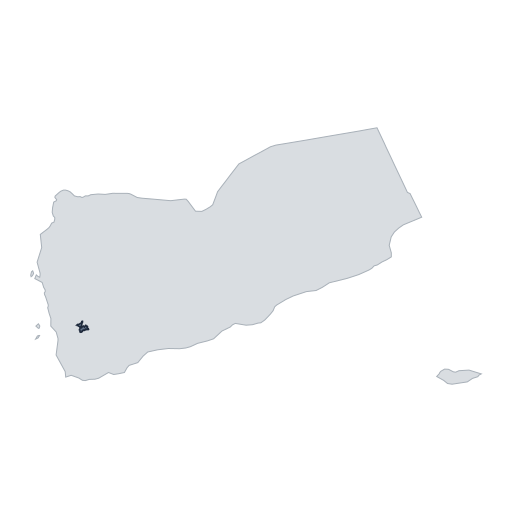 location of Al Odayn, Ibb, Yemen
{"feature_id": "15242507B10242503769306", "entity_name": "Al Odayn", "entity_type": "district", "adm_level": 2, "iso_a3": "YEM", "parent_name": "Yemen", "parent_adm1": "Ibb", "projection": "orthographic", "projection_center": [43.943, 13.994], "detail": "fine", "context": "in_parent", "style": "filled", "palette": "slate", "viewbox_px": 512, "rotation_deg": 0, "n_neighbors": 0, "source": "geoboundaries", "source_scale": "gbopen_adm2", "svg_char_len": 4900}
<svg xmlns="http://www.w3.org/2000/svg" viewBox="0 0 512 512"><path d="M421.7,217.2L403.4,224.8L398.7,228.1L394.4,232.0L391.2,236.9L389.2,245.3L391.3,252.8L391.3,256.9L386.6,259.8L382.1,261.9L377.2,265.0L374.2,265.8L371.8,268.3L369.0,270.0L358.7,274.6L347.4,278.3L329.3,282.8L322.4,287.3L316.1,290.5L306.4,291.6L293.1,296.0L285.8,299.5L276.7,305.0L274.7,306.8L273.1,310.7L270.3,314.2L264.9,319.9L260.8,322.8L258.0,323.1L252.5,324.7L246.1,325.2L235.3,323.4L232.5,324.8L230.3,327.0L222.0,331.0L213.6,338.8L207.4,340.9L197.4,343.4L190.4,346.7L185.7,348.0L179.6,348.7L168.3,348.5L157.6,349.8L147.7,352.0L143.1,356.1L137.8,362.6L129.1,365.4L127.1,367.7L124.4,372.5L118.8,373.7L113.7,374.5L108.5,372.5L98.7,378.2L95.0,379.2L89.3,379.4L85.3,380.6L82.4,380.3L78.8,378.0L71.2,375.3L65.7,377.1L65.2,371.6L56.1,355.0L58.0,340.5L58.0,338.5L56.2,332.0L50.8,326.1L50.9,318.6L49.1,313.2L47.7,307.7L48.2,306.3L48.3,305.0L45.5,296.5L44.6,294.7L44.3,293.0L45.2,291.6L45.2,290.0L43.7,287.4L42.2,282.5L34.8,278.6L36.3,274.9L37.7,276.2L39.7,277.3L40.1,275.0L40.1,273.2L37.1,262.2L41.7,247.6L40.3,234.4L47.3,229.1L49.1,227.5L50.1,226.1L51.7,223.1L54.0,222.1L54.8,219.0L54.7,217.4L53.3,216.0L52.2,212.3L52.6,207.6L53.0,205.7L53.7,202.1L56.2,200.8L56.7,199.7L54.9,197.5L55.1,196.1L59.2,192.4L60.8,191.2L63.5,190.1L65.6,190.1L68.0,190.8L70.1,191.8L72.2,193.7L74.4,195.9L77.8,196.8L80.1,196.6L82.0,197.5L83.5,197.0L85.3,195.9L88.2,195.9L90.8,194.7L98.2,194.0L105.3,194.4L112.7,193.3L120.1,193.4L127.6,193.4L129.2,193.6L130.9,194.2L137.2,197.5L142.0,198.2L151.6,199.0L161.8,199.9L170.7,200.7L178.2,199.8L184.5,199.1L186.2,199.2L188.1,201.3L191.9,206.4L195.5,211.2L201.8,211.4L205.7,209.5L210.1,206.9L212.7,204.8L215.7,196.9L217.6,191.7L222.0,185.9L225.8,181.0L230.7,174.5L233.5,170.9L238.9,163.9L244.1,161.1L254.1,155.6L264.0,150.3L270.4,146.8L275.9,145.1L285.1,143.6L295.9,141.8L306.7,140.0L318.2,138.0L331.0,135.8L339.8,134.3L351.0,132.4L360.3,130.8L368.5,129.3L377.0,127.8L378.8,131.6L380.6,135.4L382.4,139.2L384.2,143.0L385.9,146.8L387.7,150.6L389.5,154.4L391.3,158.2L393.1,162.1L394.9,165.9L396.7,169.7L398.5,173.5L400.3,177.3L402.1,181.1L403.9,184.9L405.7,188.7L407.4,192.4L410.1,193.6L411.8,197.1L414.3,202.1L416.8,207.2L419.2,212.2L421.7,217.2ZM453.3,371.8L455.6,372.2L459.0,370.7L469.0,370.1L481.3,373.9L479.0,375.1L477.8,376.7L472.5,378.4L467.3,381.9L452.1,384.2L447.5,383.5L443.7,380.4L436.7,376.5L439.3,373.7L439.8,372.5L440.8,371.3L444.6,369.1L448.5,369.3L453.3,371.8ZM39.4,327.6L38.9,328.4L38.2,328.2L35.9,326.1L38.4,323.8L39.8,326.0L39.4,327.6ZM32.3,275.8L31.1,276.7L30.7,275.2L31.5,271.8L32.7,270.8L33.6,273.3L33.0,274.7L32.3,275.8ZM38.1,337.9L35.6,339.1L37.4,336.0L39.1,335.4L39.6,335.5L38.1,337.9Z" fill="#d9dde1" stroke="#a8b0b8" stroke-width="1"/><path d="M87.1,326.1L86.9,326.2L86.7,326.3L86.7,326.2L86.3,325.9L86.1,325.8L86.0,325.6L86.0,325.4L85.9,325.3L85.8,325.2L85.7,325.2L85.6,325.3L85.3,325.5L85.4,325.9L85.2,326.2L85.1,326.3L84.9,326.5L84.7,326.6L84.5,326.9L84.4,327.1L84.2,326.9L84.1,326.7L83.9,326.6L83.7,326.3L83.6,326.2L83.4,326.0L82.6,326.8L82.4,326.9L82.3,326.7L82.0,326.7L81.9,326.6L81.7,326.3L81.6,326.2L81.4,326.3L81.2,326.1L81.5,325.6L81.8,325.1L81.8,324.7L81.7,324.7L81.6,324.4L81.8,323.6L82.2,323.1L82.3,322.8L82.3,322.7L82.6,322.1L82.6,321.8L82.5,321.7L82.5,321.3L82.4,321.3L82.3,321.2L82.2,321.2L82.0,321.3L81.9,321.4L81.7,321.6L81.6,322.3L81.5,322.6L81.4,322.8L80.6,323.3L80.2,323.5L79.8,323.8L79.6,324.0L79.1,324.3L78.7,324.4L78.4,324.4L78.1,324.3L77.9,324.3L77.6,324.4L77.4,324.6L77.1,324.8L76.9,325.0L77.0,325.0L77.2,325.3L77.3,325.3L77.5,325.3L77.4,325.4L77.4,325.5L77.5,325.5L78.7,326.2L79.2,326.5L79.5,326.7L79.8,326.7L79.9,326.8L80.2,326.8L80.5,326.9L80.8,326.9L80.9,327.0L81.1,326.9L81.3,326.9L81.6,326.9L81.7,327.0L81.8,327.2L81.8,327.4L81.7,327.6L81.6,327.8L81.3,327.6L81.2,327.6L80.9,327.6L80.5,327.8L80.4,327.8L80.0,328.0L80.1,328.4L80.1,328.5L79.9,328.9L79.8,329.0L79.5,329.3L79.4,329.5L79.4,329.8L79.5,329.8L79.7,330.1L79.8,330.3L80.0,330.4L80.0,330.8L80.1,331.0L80.1,331.3L79.9,331.5L79.9,331.8L80.0,331.8L80.0,331.7L80.1,331.8L80.3,332.1L80.6,332.2L80.7,332.3L80.8,332.3L81.0,332.2L81.4,332.2L81.5,332.1L81.6,331.9L81.7,331.7L81.8,331.6L82.0,331.6L82.3,331.6L82.4,331.3L82.5,331.1L82.4,331.0L82.3,330.6L82.5,330.5L82.7,330.4L82.8,330.3L83.1,330.3L83.3,330.2L83.3,330.4L83.5,330.4L83.5,330.2L83.8,330.0L84.0,330.0L84.0,330.4L84.1,330.5L84.4,330.4L84.5,330.3L84.6,330.2L84.8,330.1L85.0,330.1L85.2,329.6L85.3,329.4L85.4,329.6L85.8,329.8L86.1,329.8L86.2,329.5L86.3,329.4L86.5,329.3L86.9,329.4L87.1,329.4L87.2,329.5L87.6,329.6L87.8,329.7L88.0,329.7L88.3,329.5L88.5,329.5L88.6,329.4L88.5,329.2L88.4,329.1L88.3,328.9L88.3,328.7L88.2,328.7L88.1,328.4L87.9,328.2L87.7,328.1L87.4,328.0L87.3,327.8L87.2,327.8L87.2,327.7L87.3,327.4L87.3,327.1L87.4,326.9L87.0,326.6L86.9,326.6L86.8,326.4L87.0,326.3L87.2,326.2L87.1,326.1Z" fill="#64748b" stroke="#1e293b" stroke-width="1.5"/></svg>